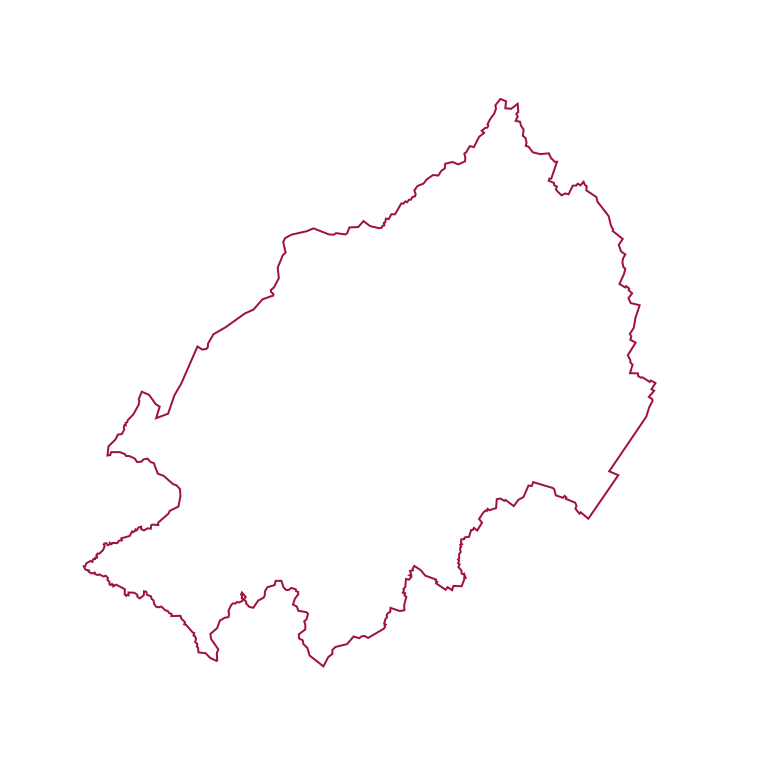 Ban Khai, Rayong, Thailand (Natural Earth projection), rotated 189°
{"feature_id": "78962969B77323566799689", "entity_name": "Ban Khai", "entity_type": "district", "adm_level": 2, "iso_a3": "THA", "parent_name": "Thailand", "parent_adm1": "Rayong", "projection": "natural_earth1", "projection_center": [101.382, 12.833], "detail": "fine", "context": "isolated", "style": "outline", "palette": "rose", "viewbox_px": 768, "rotation_deg": 189, "n_neighbors": 0, "source": "geoboundaries", "source_scale": "gbopen_adm2", "svg_char_len": 6154}
<svg xmlns="http://www.w3.org/2000/svg" viewBox="0 0 768 768"><g transform="rotate(189 384 384)"><path d="M631.5,308.1L631.6,306.1L633.1,305.1L632.6,302.8L633.9,302.9L634.3,300.4L633.4,298.5L635.1,293.5L638.9,292.4L640.5,287.3L646.4,279.3L645.9,270.1L643.3,271.0L642.8,274.0L634.1,275.4L629.0,274.2L627.6,272.6L624.4,273.0L618.7,271.5L615.6,268.3L611.4,269.4L609.7,271.9L605.9,273.3L602.1,270.3L599.0,269.9L593.5,260.1L587.2,258.8L576.9,252.2L573.0,251.4L569.0,248.2L567.5,241.3L567.9,230.8L575.9,225.1L576.5,222.4L585.4,211.7L584.9,209.4L590.8,208.9L591.9,208.0L591.7,204.6L595.2,204.4L598.1,201.8L601.2,202.7L601.5,205.0L604.2,203.7L605.3,200.8L606.6,201.5L606.9,199.8L608.7,198.5L609.6,199.1L611.4,194.1L619.3,190.5L618.4,188.6L621.1,187.9L622.5,185.1L627.5,184.5L628.0,183.2L629.9,184.1L629.6,182.9L631.6,181.6L633.3,183.3L635.3,182.7L635.7,181.5L634.5,180.5L635.4,176.2L638.6,171.9L640.4,171.7L641.3,169.8L640.3,168.9L640.4,167.4L642.2,167.2L642.0,165.9L643.9,165.4L644.2,162.7L646.2,163.3L650.0,160.3L650.7,157.2L652.0,156.9L649.9,154.0L646.2,153.7L646.5,152.5L643.5,151.2L640.2,152.4L640.0,151.2L637.1,150.5L635.4,151.4L630.9,150.0L628.9,151.1L626.3,149.2L626.5,147.1L624.1,145.6L624.1,143.6L622.9,142.7L621.5,143.9L620.9,142.9L619.9,143.3L619.7,141.9L617.1,143.9L607.9,140.8L607.2,135.7L605.5,134.4L604.8,135.6L603.2,135.4L603.7,138.1L598.0,138.8L594.7,137.3L594.4,135.5L591.7,134.0L588.2,137.7L588.6,141.7L586.3,141.6L585.1,138.8L580.8,137.7L580.0,135.4L577.8,134.3L576.6,130.8L574.3,128.4L571.9,128.1L569.2,129.4L564.3,126.1L562.3,126.2L560.4,124.2L557.8,123.6L557.7,121.5L548.7,123.2L547.5,120.6L543.2,117.5L543.7,115.4L541.9,115.2L534.0,108.6L532.5,108.4L532.8,105.8L531.3,105.4L529.8,102.9L530.2,99.7L527.7,98.0L527.7,95.3L526.4,94.5L525.3,89.9L518.1,90.2L512.7,86.2L506.1,84.3L505.5,84.9L507.0,91.9L506.2,96.1L514.8,105.0L516.4,109.9L510.6,116.8L509.1,124.6L504.8,128.2L501.2,129.4L501.0,132.5L502.1,135.7L500.4,141.7L498.9,143.7L496.2,144.0L495.3,145.6L493.1,145.5L490.1,147.4L489.3,149.2L490.9,150.1L491.0,152.4L492.2,153.7L491.7,155.8L487.2,152.0L488.8,149.6L486.0,147.3L485.9,145.7L482.1,142.8L478.1,142.5L474.4,150.4L469.4,154.2L468.7,156.6L469.2,160.5L467.4,165.0L460.6,168.3L460.2,172.6L454.6,173.6L451.3,167.3L448.3,165.2L445.9,165.7L443.6,168.1L439.0,167.4L438.5,165.7L436.2,165.2L435.8,162.9L438.4,158.1L439.4,151.9L435.2,150.5L433.2,146.6L425.1,146.5L423.1,145.2L423.7,139.4L425.7,137.2L423.9,133.4L423.4,129.3L429.0,123.4L428.1,119.4L424.2,118.1L422.9,114.5L418.3,111.2L415.0,104.2L399.7,95.6L396.3,105.6L392.7,109.4L393.4,113.1L391.0,116.6L379.8,121.3L374.5,129.9L368.7,129.0L366.4,131.4L363.8,132.1L360.0,130.7L345.9,142.3L344.9,144.3L345.8,145.7L344.7,146.7L346.3,147.5L345.9,151.9L344.5,154.1L345.2,155.9L344.4,158.2L342.2,159.9L342.6,163.9L332.8,162.2L328.5,163.8L329.5,168.8L328.6,177.3L330.8,178.5L330.4,180.7L332.8,180.8L331.9,183.4L332.7,184.5L331.2,186.9L331.8,194.9L328.8,194.6L327.1,197.1L326.8,198.3L328.9,199.0L327.3,199.9L329.1,203.5L326.3,204.4L326.8,206.1L325.6,209.1L318.5,205.8L313.3,201.2L302.0,199.0L302.0,197.4L300.5,196.9L301.4,195.3L290.9,190.4L289.4,193.3L284.5,191.0L283.8,195.4L275.7,196.4L274.1,203.8L274.6,205.3L273.1,205.4L275.3,209.2L276.2,208.3L277.7,209.0L278.4,212.0L281.9,214.8L281.1,217.8L282.8,218.6L282.1,221.0L283.4,222.3L282.4,223.2L283.2,227.8L282.0,229.9L283.3,233.9L282.2,235.4L283.5,237.0L281.9,238.0L283.1,239.1L283.4,242.6L280.5,243.4L280.3,245.1L276.1,246.4L275.1,253.4L273.4,253.8L272.7,256.0L269.0,253.9L265.5,262.4L269.0,265.5L265.8,272.5L263.9,275.0L262.6,274.7L262.1,276.9L260.2,275.8L253.9,279.0L254.6,287.8L251.2,289.1L246.8,287.4L245.9,288.5L236.7,283.7L233.2,290.6L228.6,294.1L225.4,306.3L222.2,306.3L221.3,310.4L201.1,307.7L199.4,306.7L196.9,300.9L189.4,299.6L188.1,301.7L186.2,300.6L186.4,299.0L176.6,296.7L174.8,293.8L175.5,290.9L172.4,288.0L170.5,286.5L169.7,288.1L161.1,282.9L138.3,330.6L147.9,333.0L119.8,392.8L118.5,402.1L116.1,409.3L116.6,411.0L120.4,412.7L116.1,419.6L119.0,420.7L116.0,427.4L121.0,429.2L121.9,427.6L129.5,431.0L131.5,430.5L134.2,431.6L134.8,434.2L142.7,433.2L141.5,441.9L144.2,444.1L144.3,445.8L147.7,450.6L141.9,464.2L147.6,466.2L147.2,469.7L149.0,471.9L146.1,478.6L146.0,488.4L143.8,501.8L152.9,502.5L156.0,507.1L153.1,512.4L157.1,515.0L156.7,516.6L160.2,518.5L160.9,517.1L167.1,519.6L164.1,530.5L163.7,535.7L165.8,536.9L167.6,541.6L167.5,545.6L165.9,549.7L170.5,551.9L173.9,558.1L170.9,564.6L182.1,571.0L182.1,572.7L184.5,575.7L188.4,585.0L201.7,597.5L203.5,601.9L214.5,606.9L214.7,611.0L216.8,612.1L218.5,615.0L221.0,610.9L224.0,612.2L225.2,610.1L228.6,609.4L231.4,600.3L234.9,600.5L238.1,598.1L242.7,601.3L244.7,603.2L244.1,606.0L247.1,607.0L247.6,609.2L253.1,610.5L252.7,612.8L250.9,613.0L247.9,630.6L249.9,630.1L254.4,633.3L257.3,637.6L265.6,635.5L273.2,636.1L278.4,641.0L281.2,641.4L281.0,644.9L282.7,649.0L285.7,650.9L285.9,657.2L289.0,660.4L290.7,664.3L295.1,664.5L293.8,669.0L295.6,671.6L293.9,673.6L295.8,681.7L301.4,675.7L307.3,675.3L307.7,682.3L313.6,683.7L317.6,676.7L316.5,673.5L317.3,668.7L320.9,661.5L322.4,656.6L321.4,655.9L322.0,653.4L324.1,652.8L327.1,649.4L324.4,647.7L328.7,643.1L332.3,632.0L336.4,632.4L339.2,625.5L340.7,624.2L338.9,619.7L338.9,616.5L345.0,612.5L351.0,614.0L358.0,611.1L357.7,606.4L360.7,603.6L363.0,598.4L368.2,598.1L373.6,593.0L376.4,588.1L381.9,584.8L384.3,580.0L382.5,576.6L382.6,574.3L385.3,573.0L386.3,570.2L388.3,569.8L389.5,567.2L391.5,567.7L393.1,565.2L395.2,565.0L399.6,553.3L403.3,552.8L405.1,547.6L408.0,547.7L408.1,543.8L409.4,543.1L408.5,540.7L410.2,540.0L410.8,538.0L413.4,537.1L422.5,537.8L429.7,541.7L434.0,535.0L442.7,533.2L443.9,527.3L445.5,525.7L454.9,525.5L457.0,523.6L461.7,523.1L478.0,526.7L484.2,522.8L498.8,517.0L504.5,512.6L505.8,508.5L501.7,498.4L504.1,495.4L507.2,482.2L504.4,472.2L507.7,462.3L510.5,459.0L509.9,457.2L507.3,455.6L507.3,454.0L517.2,448.7L524.6,437.0L532.6,431.8L549.1,415.5L560.2,406.5L564.1,396.5L563.8,392.6L565.1,390.7L569.0,389.6L574.1,391.9L584.3,352.7L589.2,340.2L592.6,320.9L603.7,314.6L602.0,326.6L606.2,328.3L614.3,336.5L622.0,338.5L623.9,330.7L623.0,329.1L623.1,324.9L626.9,314.7L631.5,308.1Z" fill="none" stroke="#9f1239" stroke-width="2"/></g></svg>